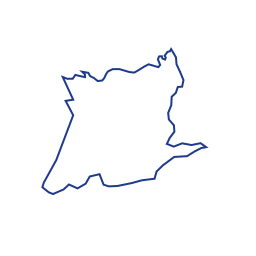 outline of Galini, Cyprus, rotated 22°
{"feature_id": "46923920B41086018803178", "entity_name": "Galini", "entity_type": "district", "adm_level": 2, "iso_a3": "CYP", "parent_name": "Cyprus", "parent_adm1": "", "projection": "orthographic", "projection_center": [32.781, 35.132], "detail": "fine", "context": "isolated", "style": "outline", "palette": "blue", "viewbox_px": 256, "rotation_deg": 22, "n_neighbors": 0, "source": "geoboundaries", "source_scale": "gbopen_adm2", "svg_char_len": 1102}
<svg xmlns="http://www.w3.org/2000/svg" viewBox="0 0 256 256"><g transform="rotate(22 128 128)"><path d="M48.4,105.2L66.6,122.3L60.0,126.2L72.4,136.7L73.5,184.6L70.4,210.3L70.8,215.0L78.6,217.3L83.2,217.3L91.3,209.1L94.4,202.5L103.8,202.9L109.6,195.5L110.7,187.3L118.9,181.5L126.6,189.7L132.1,189.3L139.8,185.8L152.2,177.6L160.3,171.4L164.9,168.8L171.6,165.1L170.8,157.7L174.3,149.6L181.7,137.5L193.3,132.0L198.7,124.6L203.4,119.2L207.6,116.5L201.0,114.9L197.5,117.2L193.3,120.0L184.0,121.9L177.4,128.1L170.0,128.2L170.4,121.5L172.4,114.1L169.6,108.3L162.7,104.8L159.6,99.0L159.6,90.8L156.8,82.6L159.2,77.5L158.8,71.3L162.7,69.4L161.5,62.8L155.3,56.5L149.1,50.7L146.0,44.5L138.4,38.7L138.1,41.2L136.1,42.6L134.9,47.2L136.7,48.7L136.7,50.7L133.9,50.7L132.5,48.8L130.0,50.0L130.0,53.1L134.2,57.5L133.4,60.2L123.3,61.2L120.1,64.9L116.3,70.2L113.0,74.3L108.3,75.6L98.1,76.6L91.7,79.2L88.2,83.1L87.5,86.1L87.3,90.5L86.3,93.6L82.3,95.8L77.6,94.4L73.5,94.1L70.5,91.7L64.4,93.0L67.9,94.4L69.1,96.9L66.1,97.5L59.3,98.5L58.3,103.0L53.3,105.1L48.4,105.2Z" fill="none" stroke="#1e3a8a" stroke-width="2"/></g></svg>